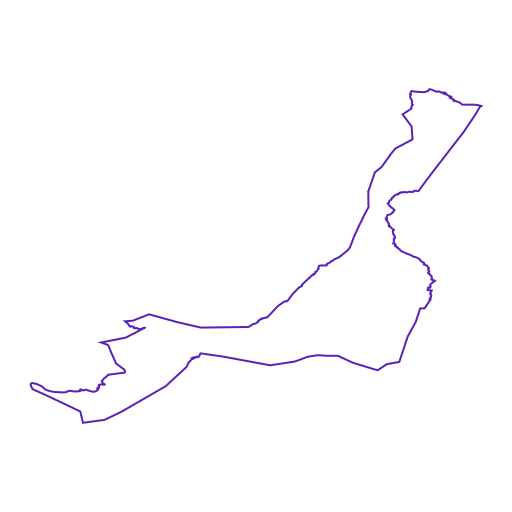 the district of Sør-Fron nor, Oppland, Norway
{"feature_id": "86288312B86605767458860", "entity_name": "Sør-Fron nor", "entity_type": "district", "adm_level": 2, "iso_a3": "NOR", "parent_name": "Norway", "parent_adm1": "Oppland", "projection": "equal_earth", "projection_center": [9.78, 61.603], "detail": "fine", "context": "isolated", "style": "outline", "palette": "violet", "viewbox_px": 512, "rotation_deg": 0, "n_neighbors": 0, "source": "geoboundaries", "source_scale": "gbopen_adm2", "svg_char_len": 5991}
<svg xmlns="http://www.w3.org/2000/svg" viewBox="0 0 512 512"><path d="M377.7,370.2L386.8,364.2L399.3,361.9L407.7,336.6L415.7,322.0L420.2,308.4L424.7,308.3L430.3,299.7L429.6,299.6L429.6,299.1L430.6,297.8L430.8,297.4L430.6,297.1L431.2,296.3L431.3,295.5L430.8,294.2L430.8,293.9L430.2,293.9L430.2,293.4L430.4,293.0L430.6,292.0L431.4,291.3L431.7,290.5L427.6,290.0L428.1,287.6L429.9,287.7L429.9,287.1L430.6,286.6L430.3,286.2L430.0,285.4L430.1,285.1L430.4,284.5L432.9,282.3L434.9,280.9L434.3,280.6L434.1,280.3L432.8,280.2L431.4,279.5L431.5,279.1L432.1,278.6L431.7,277.7L431.8,277.6L431.5,276.0L430.1,275.0L429.9,274.5L429.6,274.3L429.5,273.7L428.1,273.3L428.1,272.5L429.2,271.5L429.1,271.0L428.0,269.6L429.0,268.3L429.0,268.0L428.2,267.5L428.1,267.1L427.6,266.7L427.1,265.7L424.1,264.6L424.5,264.1L423.9,263.5L424.0,262.9L422.7,262.3L420.3,260.4L419.7,259.2L419.3,258.9L415.9,257.2L413.6,256.7L410.7,255.1L407.7,253.9L407.1,253.9L406.1,253.2L401.3,251.2L400.3,250.3L399.6,249.2L398.1,248.3L397.9,247.6L396.8,247.4L396.5,247.1L396.3,246.4L394.9,245.9L394.9,245.3L395.4,244.5L394.7,243.9L394.6,243.5L393.3,243.4L393.7,242.8L393.7,242.1L394.0,241.0L393.8,240.5L393.9,239.8L393.7,239.3L394.1,238.8L394.9,238.2L394.4,237.4L394.7,237.0L394.9,236.2L393.5,234.5L393.6,234.2L393.2,233.8L393.1,232.6L392.8,232.2L392.8,231.8L393.0,231.5L392.9,231.1L393.0,230.4L393.8,230.1L393.9,229.8L392.8,229.2L390.8,227.4L389.2,226.5L389.6,225.8L388.8,225.5L388.9,225.0L388.8,224.5L389.0,224.1L388.8,223.4L388.4,223.1L387.5,221.3L386.5,220.6L387.0,219.9L386.9,219.3L385.9,218.8L385.7,218.5L386.9,217.8L386.7,217.3L386.7,217.0L387.4,215.1L387.7,214.9L389.7,214.6L390.4,214.3L392.1,213.0L392.4,212.3L393.3,212.1L393.7,210.8L394.4,210.3L394.2,209.9L393.3,209.1L393.2,208.8L392.8,208.4L390.9,207.2L389.4,205.4L388.6,204.9L388.5,204.1L387.8,203.5L388.6,203.0L388.8,202.3L389.2,202.1L389.2,201.5L389.5,200.7L390.2,200.1L391.1,199.8L391.5,199.5L391.5,199.1L391.9,198.6L391.9,197.9L392.4,197.5L393.1,197.2L393.4,196.7L393.9,196.5L393.9,196.1L394.4,195.6L396.4,194.5L397.7,194.4L397.6,194.0L397.7,193.9L399.4,193.4L399.5,192.9L400.3,192.5L400.8,192.4L401.4,192.6L401.8,192.4L402.6,192.4L402.9,192.1L403.6,192.2L404.5,192.0L406.8,192.5L407.9,192.1L408.5,191.7L411.5,192.0L412.2,191.8L413.1,191.9L413.9,191.4L414.2,190.9L414.4,190.8L416.2,190.8L418.3,191.2L432.3,172.5L464.0,131.5L475.3,114.7L479.9,106.9L481.3,106.0L479.2,105.4L475.0,104.7L462.9,104.7L461.8,104.3L459.9,102.7L459.1,102.3L455.7,101.1L455.0,101.1L454.6,101.0L454.8,100.9L454.7,100.6L454.2,100.1L453.8,99.9L453.8,99.6L453.6,99.4L452.4,99.1L451.5,98.6L451.2,98.3L450.0,97.8L450.5,97.4L451.4,97.1L451.5,97.0L451.4,96.7L448.9,96.0L447.0,94.6L445.3,94.3L444.5,93.9L446.1,93.6L446.0,93.3L445.6,93.1L444.0,92.5L442.1,92.5L440.7,92.3L439.8,91.7L439.1,91.5L437.9,91.4L437.2,91.8L435.1,91.2L432.0,89.8L429.8,89.2L429.1,89.3L428.2,90.9L424.2,92.2L415.4,91.7L411.7,91.0L410.9,91.7L410.7,92.1L410.9,92.4L410.9,92.9L410.5,93.7L410.0,94.0L410.5,94.6L410.9,94.7L411.0,94.9L410.1,95.9L410.1,96.3L410.3,96.8L410.2,97.4L410.8,98.8L411.7,100.0L411.9,100.7L411.9,101.4L412.2,101.9L411.8,103.5L411.9,103.9L412.7,104.7L412.2,105.2L412.3,105.6L411.8,106.1L411.2,107.5L411.5,108.5L402.6,114.4L411.6,126.5L412.5,139.4L395.4,148.5L390.8,154.1L381.6,167.0L374.9,172.3L368.6,190.6L368.5,191.0L368.3,191.0L368.4,204.1L368.6,207.0L363.5,216.4L361.8,220.3L360.3,223.1L353.9,236.9L350.0,247.4L347.6,250.4L339.4,257.0L334.7,259.2L333.4,260.0L332.8,260.6L331.0,261.4L330.4,262.2L329.0,263.0L327.4,263.6L327.3,264.1L326.8,264.2L326.6,265.4L321.0,265.5L319.8,265.6L318.9,265.9L318.2,268.4L318.4,268.6L318.1,268.7L317.1,270.9L316.2,271.6L315.8,271.7L315.5,272.4L315.3,272.4L315.4,272.9L315.2,273.3L314.0,273.8L313.8,274.8L313.6,274.9L312.7,274.7L312.7,275.1L311.9,275.4L309.3,277.8L309.4,278.1L309.2,278.3L308.5,278.5L302.0,284.7L302.2,285.2L302.1,285.7L301.0,286.5L299.2,287.3L293.1,293.5L287.4,301.0L286.3,301.4L284.4,301.5L278.1,305.9L267.1,317.5L265.1,317.6L264.5,318.1L263.8,318.0L263.0,318.5L261.8,318.4L261.5,318.9L261.1,318.8L260.3,319.7L259.9,319.8L259.5,320.3L258.3,320.5L258.0,322.1L257.3,322.3L255.6,323.5L253.1,324.1L251.8,324.7L251.5,325.2L250.7,325.5L249.8,326.3L249.2,326.4L248.8,326.8L248.1,327.0L200.8,327.6L177.5,322.2L149.0,314.3L132.8,320.7L125.1,321.3L126.3,322.4L127.9,323.5L128.0,323.9L129.5,325.8L129.5,326.2L130.2,326.7L130.6,326.7L131.6,326.3L132.5,326.4L133.3,327.0L134.1,327.2L134.1,327.6L133.9,327.9L134.6,328.2L135.7,328.3L136.2,328.0L136.6,328.0L137.3,328.2L137.8,328.7L139.9,328.9L140.5,329.3L141.8,328.8L142.7,328.1L144.1,327.8L144.6,327.9L144.4,328.1L143.9,328.2L125.8,337.6L101.1,342.5L106.8,344.5L108.3,345.4L111.2,352.5L116.1,363.5L124.4,369.7L125.1,371.6L124.5,372.6L108.5,374.7L108.6,375.0L108.4,375.2L107.4,375.7L105.9,376.8L105.5,377.6L104.4,378.0L104.1,378.2L102.7,380.3L101.6,381.2L101.8,381.6L102.6,382.6L102.6,382.9L103.3,383.5L104.1,383.9L104.2,384.1L104.7,384.4L104.6,384.6L103.7,384.7L103.1,384.5L102.3,384.6L101.6,384.3L99.0,384.9L98.9,385.6L99.1,386.8L98.3,387.2L98.8,387.7L98.8,388.0L97.8,388.3L97.3,388.6L98.1,389.7L97.2,390.5L94.8,391.6L93.4,391.8L90.1,391.1L87.6,390.2L86.8,389.8L85.6,389.7L83.8,390.3L82.7,390.4L82.0,390.2L81.6,389.6L80.5,389.4L80.2,389.5L80.1,390.1L79.8,390.5L80.1,390.8L80.1,391.0L78.1,391.3L74.7,391.5L70.5,390.9L69.0,390.9L67.0,391.6L66.8,391.8L65.9,392.2L65.0,392.3L61.7,392.4L54.8,392.0L50.1,391.2L46.8,390.1L44.9,389.2L42.8,387.1L41.4,386.2L37.4,384.3L34.6,383.5L32.2,383.1L31.5,383.2L31.1,383.5L30.8,384.0L30.7,384.7L31.1,386.2L32.6,389.2L45.0,394.7L80.3,411.5L83.0,422.8L104.4,419.9L121.3,411.8L165.7,386.2L186.6,366.9L188.7,362.2L189.5,361.8L191.4,359.6L193.3,358.6L192.2,358.0L193.7,357.3L194.7,357.3L195.2,357.5L196.4,357.3L196.5,357.0L196.3,356.8L196.5,356.6L197.9,356.8L198.4,357.0L198.9,356.6L200.5,353.4L202.8,353.7L203.0,353.6L203.5,353.8L222.5,356.5L270.2,365.3L295.1,361.5L307.5,356.8L317.6,355.2L327.4,355.8L337.9,355.8L353.0,362.8L375.0,369.5L377.7,370.2Z" fill="none" stroke="#5b21b6" stroke-width="2"/></svg>